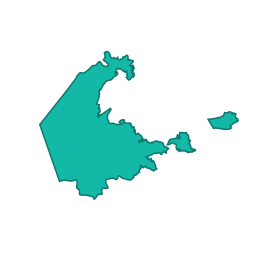 the district of Tamalín, Veracruz, Mexico, rotated 225°
{"feature_id": "50627088B78854811449565", "entity_name": "Tamalín", "entity_type": "district", "adm_level": 2, "iso_a3": "MEX", "parent_name": "Mexico", "parent_adm1": "Veracruz", "projection": "natural_earth1", "projection_center": [-97.693, 21.474], "detail": "fine", "context": "isolated", "style": "filled", "palette": "teal", "viewbox_px": 256, "rotation_deg": 225, "n_neighbors": 0, "source": "geoboundaries", "source_scale": "gbopen_adm2", "svg_char_len": 5890}
<svg xmlns="http://www.w3.org/2000/svg" viewBox="0 0 256 256"><g transform="rotate(225 128 128)"><path d="M178.9,178.7L179.8,178.9L180.6,178.3L180.6,176.0L181.8,174.8L180.8,173.5L182.1,170.6L182.9,169.9L184.0,169.6L185.2,170.6L185.1,169.6L185.5,168.5L187.9,167.8L188.0,166.4L188.4,165.9L189.9,165.7L193.2,167.4L194.9,167.9L196.2,167.6L197.2,166.9L197.9,165.2L197.6,164.1L196.0,163.4L194.3,162.0L193.9,160.9L193.8,159.0L193.4,158.6L190.2,159.1L187.5,159.1L186.6,158.8L186.3,158.1L186.2,157.2L187.0,156.0L189.2,154.7L190.5,154.5L194.3,155.1L195.4,154.7L195.2,149.5L195.6,148.8L196.8,147.5L197.2,146.6L197.2,141.1L197.8,136.5L198.5,135.2L200.4,133.8L201.0,133.0L201.1,132.0L200.9,128.8L200.1,127.1L198.0,113.1L192.8,68.0L138.6,41.8L137.8,43.6L136.6,45.7L130.6,50.4L129.7,51.6L128.8,53.6L127.8,54.5L126.7,54.4L125.3,53.5L122.5,49.9L121.6,49.4L118.4,49.8L116.0,47.4L114.9,46.8L113.3,47.7L110.5,50.7L104.9,54.2L103.9,54.5L103.1,54.4L102.0,53.7L101.4,54.1L101.3,54.9L102.0,58.9L101.8,60.1L101.5,60.9L100.1,62.1L99.7,62.8L99.7,63.2L102.8,65.3L103.1,67.6L102.9,68.2L100.5,69.9L99.9,70.9L99.9,71.7L104.2,73.3L106.2,74.6L106.7,75.0L106.6,76.7L103.8,81.3L102.5,82.3L100.0,83.1L99.6,83.7L99.6,84.5L100.7,86.9L100.6,87.6L100.1,88.1L96.9,88.4L95.6,89.0L90.4,92.1L89.6,92.9L89.1,94.0L89.0,97.2L89.9,98.0L90.3,98.8L89.6,99.8L89.7,100.2L89.3,100.2L89.4,100.9L88.9,101.3L89.4,101.9L89.3,102.2L88.8,102.3L88.7,102.0L89.1,102.6L88.9,104.1L89.3,104.5L88.7,105.0L89.4,105.3L90.3,106.4L90.2,106.7L90.6,107.1L90.1,107.6L90.3,108.2L91.3,109.4L92.3,109.6L92.5,110.8L89.3,110.4L88.9,112.1L88.6,112.6L88.7,113.3L86.6,113.1L84.2,114.5L84.2,114.8L81.6,115.1L80.4,115.7L79.5,115.8L79.5,117.2L78.8,118.6L78.8,119.5L80.6,119.5L81.1,120.3L82.3,121.1L84.5,121.7L86.0,122.7L87.2,122.5L87.3,121.5L87.1,121.4L87.2,121.2L87.5,121.3L87.5,121.0L88.6,121.3L88.8,121.5L88.7,122.0L90.3,122.7L90.4,120.8L92.0,121.0L91.9,120.2L92.4,120.3L93.1,121.0L94.6,120.3L94.6,121.7L93.7,122.6L93.3,123.3L92.3,125.8L91.9,128.1L89.4,130.7L88.4,132.8L86.4,132.6L85.5,133.3L86.3,134.4L85.6,136.6L83.3,137.5L84.5,138.5L84.8,139.5L84.8,142.2L86.0,141.7L86.7,141.9L87.7,141.2L88.1,141.3L88.7,140.6L90.0,140.7L92.3,141.9L93.4,141.9L95.3,140.9L95.5,140.4L97.4,139.8L99.1,138.5L100.2,136.1L100.1,134.8L100.2,134.6L100.8,134.8L100.9,134.2L101.3,134.0L101.9,132.8L102.7,132.7L102.9,132.4L103.2,132.6L104.7,131.8L105.6,132.1L105.7,132.5L105.9,132.5L105.9,132.2L107.0,132.7L107.6,131.5L108.3,128.9L108.5,128.7L108.8,129.0L109.3,128.2L109.7,125.9L111.1,126.6L109.5,131.0L110.4,130.6L111.6,131.5L112.8,131.8L117.2,131.4L117.5,129.9L118.1,129.2L120.7,130.5L120.7,129.9L122.0,130.1L122.0,130.7L121.2,131.3L123.7,132.3L124.6,133.0L125.0,131.5L126.2,132.0L127.4,132.0L128.9,133.1L129.8,133.1L130.4,132.3L131.0,132.1L132.1,130.5L134.4,129.7L134.7,128.2L135.7,129.9L135.9,130.7L136.1,131.0L136.7,131.0L138.3,129.0L138.6,127.7L138.4,127.2L138.4,125.9L135.3,126.0L135.5,125.5L136.4,124.4L137.7,123.5L138.0,122.6L141.8,120.9L143.3,119.1L144.8,118.0L146.7,119.2L148.9,119.7L151.1,122.2L151.8,123.1L152.3,125.8L153.3,129.3L154.4,129.3L157.0,113.9L157.1,115.0L158.4,115.7L157.7,116.4L157.7,117.4L158.5,116.8L159.7,117.0L159.7,117.5L159.2,117.6L159.1,118.5L159.4,120.2L160.2,120.3L160.9,120.9L161.5,120.7L161.8,120.9L161.6,121.4L161.7,121.7L162.0,121.6L162.0,121.1L162.4,120.9L162.3,121.4L162.9,121.7L162.7,122.1L163.5,122.2L164.6,124.2L167.3,122.9L169.5,128.0L171.6,131.1L173.1,132.7L174.2,133.4L175.1,133.5L174.5,133.7L175.2,135.4L174.2,135.5L175.9,140.6L176.1,141.9L176.4,141.8L176.4,143.2L176.1,143.3L176.9,145.6L176.7,146.4L175.9,146.5L174.9,149.0L174.1,149.9L173.9,152.5L174.4,153.3L173.2,157.2L173.9,157.6L173.5,159.1L175.3,159.9L175.8,157.9L176.3,157.8L177.9,162.4L176.7,162.7L176.7,163.4L175.8,163.7L175.3,164.3L174.6,164.6L173.5,165.0L172.7,164.8L171.1,164.9L170.5,165.5L170.0,165.3L169.7,165.8L169.3,165.7L169.0,167.0L168.6,166.5L167.9,166.4L166.5,165.4L166.6,164.8L164.9,164.6L165.1,162.7L161.6,162.3L161.0,163.5L160.8,164.8L161.3,165.7L161.3,166.1L161.1,166.3L161.4,167.6L160.4,167.6L160.7,169.6L161.0,169.9L161.9,169.8L161.8,170.5L162.8,170.9L162.8,170.1L163.6,170.1L164.0,170.4L164.1,169.8L164.3,169.7L164.6,170.1L164.9,170.0L165.0,170.2L164.7,172.0L164.9,172.6L165.3,172.7L165.8,171.9L166.9,171.6L166.9,172.5L165.7,173.6L165.9,174.7L166.2,174.9L166.8,174.9L167.9,173.5L168.5,173.9L168.6,174.8L168.2,175.7L168.7,175.8L169.2,175.5L169.1,174.5L169.5,174.5L170.2,173.4L171.1,173.6L171.1,178.0L171.4,178.8L171.9,179.2L173.6,178.1L174.9,177.7L175.6,176.1L176.1,176.1L176.8,177.2L177.9,177.8L178.9,178.7ZM77.5,190.8L67.4,188.2L65.9,190.1L63.4,191.9L62.8,192.8L60.8,193.7L56.9,197.1L56.4,198.0L55.7,198.6L54.9,200.7L55.7,201.6L57.3,201.5L56.5,207.0L55.9,207.7L55.8,210.1L55.3,210.0L55.4,211.4L57.1,212.0L57.7,211.7L58.7,211.7L60.9,212.3L61.5,213.5L61.5,214.2L63.3,213.7L64.0,212.7L64.1,211.7L64.8,212.5L65.3,212.4L66.3,212.1L68.1,210.9L68.2,209.1L70.6,207.2L69.1,204.2L70.1,202.0L70.4,199.4L71.1,199.6L71.2,199.3L71.6,199.3L73.3,196.1L77.5,190.8ZM88.2,161.3L87.4,160.6L86.6,158.5L88.1,158.1L87.2,156.4L85.3,157.8L85.1,157.5L84.3,159.1L84.3,156.3L84.5,156.4L86.8,154.7L88.4,152.1L89.9,150.2L89.8,149.5L90.2,148.7L88.2,144.0L87.0,145.7L86.6,147.5L86.8,148.2L86.7,148.5L84.8,149.6L83.9,149.5L82.8,150.5L81.1,149.7L80.7,148.6L79.4,148.0L78.6,147.3L77.7,147.6L77.3,147.3L76.8,147.4L77.1,149.1L75.5,149.7L75.1,148.0L74.2,149.5L73.0,150.9L72.7,150.8L72.2,151.3L71.5,152.4L70.4,152.4L69.8,152.7L69.6,153.1L68.5,153.5L68.5,153.1L68.1,153.3L67.6,153.8L67.3,154.9L65.6,156.3L65.6,157.7L65.2,157.8L64.9,159.0L64.5,159.1L64.7,160.0L65.4,159.8L66.0,160.1L66.9,158.2L68.2,158.8L68.3,158.0L68.7,158.1L71.5,159.8L73.5,160.2L73.5,160.9L75.0,161.0L74.8,162.9L75.0,163.1L75.6,163.2L76.5,162.5L76.9,162.6L77.0,163.2L77.7,163.0L79.0,164.7L80.1,165.5L83.1,165.2L83.4,166.0L84.5,164.5L86.1,163.2L87.0,162.9L87.5,161.7L88.2,161.3Z" fill="#14b8a6" stroke="#0f766e" stroke-width="1.5"/></g></svg>